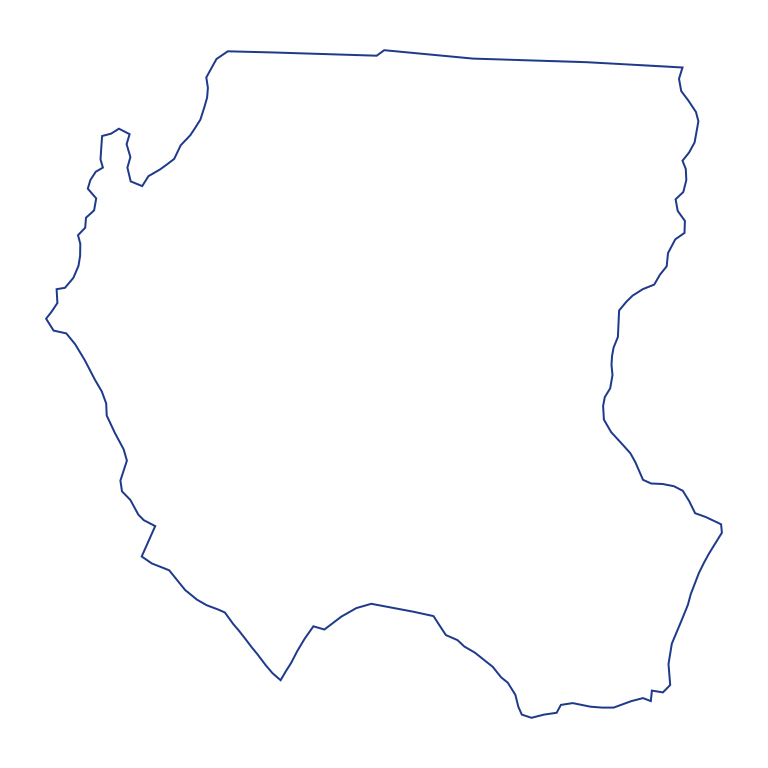 the district of Rolândia, Paraná, Brazil
{"feature_id": "56859067B29627671403317", "entity_name": "Rolândia", "entity_type": "district", "adm_level": 2, "iso_a3": "BRA", "parent_name": "Brazil", "parent_adm1": "Paraná", "projection": "mercator", "projection_center": [-51.413, -23.281], "detail": "fine", "context": "isolated", "style": "outline", "palette": "blue", "viewbox_px": 768, "rotation_deg": 0, "n_neighbors": 0, "source": "geoboundaries", "source_scale": "gbopen_adm2", "svg_char_len": 2216}
<svg xmlns="http://www.w3.org/2000/svg" viewBox="0 0 768 768"><path d="M662.9,692.4L670.2,685.0L668.5,664.1L671.8,643.7L681.2,621.3L687.9,604.8L690.7,594.3L698.9,573.0L704.3,562.1L708.9,553.7L721.9,532.7L721.1,524.3L705.7,517.0L695.1,513.2L689.1,501.0L682.8,490.8L673.9,486.2L662.6,484.0L651.1,483.5L643.0,479.8L635.2,461.9L630.4,453.3L621.7,443.6L611.2,432.2L603.9,419.6L603.1,405.9L604.8,397.1L610.2,388.3L612.5,375.1L611.5,365.1L612.0,356.3L613.6,347.5L617.9,337.0L619.1,310.5L626.3,301.8L632.5,295.7L642.7,289.2L654.2,284.6L660.0,274.6L666.7,266.3L668.0,253.1L675.3,239.3L684.5,232.9L684.9,220.9L677.7,210.9L675.6,199.3L683.3,192.0L686.3,180.2L685.8,169.1L682.5,160.7L689.1,152.5L694.6,142.4L698.4,121.3L696.0,112.1L688.4,100.6L681.2,91.0L679.0,78.8L682.5,67.5L586.7,62.2L473.1,58.6L384.2,50.2L376.7,55.7L274.5,52.5L227.8,51.3L216.5,59.0L206.3,77.4L207.9,87.9L207.1,97.6L204.5,106.7L200.4,119.6L195.8,126.9L190.4,135.1L180.7,145.3L174.2,158.9L166.2,165.0L159.8,169.6L148.5,176.1L142.2,186.1L130.7,181.4L127.4,167.6L130.4,157.1L126.6,144.2L129.6,134.2L118.9,128.7L111.0,133.7L102.1,136.0L101.3,147.4L100.5,159.4L102.9,167.6L95.7,171.8L90.3,180.2L87.8,188.7L96.2,198.4L94.1,210.4L86.0,217.7L85.2,227.7L78.0,235.2L80.3,243.8L80.1,255.8L78.5,265.8L73.4,277.8L65.0,287.8L56.6,289.2L57.4,303.0L51.5,311.8L46.1,318.7L53.6,330.6L66.3,333.4L75.2,344.3L84.9,360.4L94.9,379.7L101.8,391.5L106.2,403.5L106.7,415.5L115.1,433.4L123.6,449.2L126.9,460.6L124.1,469.2L120.4,480.6L122.0,491.4L130.4,500.0L138.3,514.6L143.8,520.2L155.2,526.1L141.7,556.5L151.9,563.5L169.2,570.3L185.1,590.0L196.9,599.6L206.6,605.2L217.6,609.3L224.9,612.5L233.2,624.0L238.7,630.4L245.9,639.6L251.8,647.4L257.4,654.2L265.8,665.3L272.5,673.2L280.6,680.2L286.3,670.5L291.1,663.0L297.3,651.0L304.6,638.8L313.4,626.3L324.4,629.5L331.0,624.5L341.2,616.7L356.3,608.1L371.3,603.8L405.3,610.2L412.8,611.6L433.5,616.1L438.6,624.0L445.9,635.1L457.5,640.1L464.3,646.5L474.8,652.6L492.7,666.8L501.1,677.3L507.8,682.7L515.4,694.9L518.3,706.7L521.8,714.6L531.5,717.8L544.0,714.6L556.6,712.8L560.9,704.9L572.7,703.1L590.5,706.7L602.3,707.6L613.6,707.6L631.4,701.1L643.0,698.1L650.8,701.1L651.9,690.6L662.9,692.4Z" fill="none" stroke="#1e3a8a" stroke-width="2"/></svg>